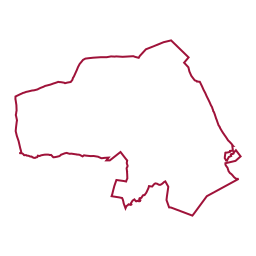 the district of Francisco León, Chiapas, Mexico
{"feature_id": "50627088B381866227431", "entity_name": "Francisco León", "entity_type": "district", "adm_level": 2, "iso_a3": "MEX", "parent_name": "Mexico", "parent_adm1": "Chiapas", "projection": "orthographic", "projection_center": [-93.285, 17.291], "detail": "fine", "context": "isolated", "style": "outline", "palette": "rose", "viewbox_px": 256, "rotation_deg": 0, "n_neighbors": 0, "source": "geoboundaries", "source_scale": "gbopen_adm2", "svg_char_len": 4940}
<svg xmlns="http://www.w3.org/2000/svg" viewBox="0 0 256 256"><path d="M166.5,200.0L169.1,207.4L170.9,207.5L192.4,215.6L194.2,213.3L206.8,196.2L238.6,178.9L236.4,178.9L234.8,177.8L233.8,176.9L233.1,176.0L232.7,175.5L231.7,174.4L230.9,173.7L230.4,173.4L229.8,172.9L229.2,172.0L228.5,171.0L228.2,169.8L227.9,169.2L227.7,168.2L227.3,167.4L227.0,167.1L226.2,166.0L225.7,165.2L225.4,164.3L225.4,163.2L228.2,162.6L235.0,161.0L235.5,160.9L240.6,156.4L235.9,150.2L234.3,152.0L234.1,151.9L233.5,151.5L233.6,153.5L232.7,154.0L231.4,154.0L230.8,154.4L231.2,156.0L228.8,157.0L226.9,160.7L226.0,160.5L225.7,159.6L224.8,158.3L224.8,157.2L225.4,152.7L225.6,152.6L226.8,152.6L228.4,152.3L230.2,151.7L230.3,151.3L230.2,150.9L232.8,150.6L232.8,149.6L232.3,145.9L233.0,145.9L232.9,145.8L232.7,145.5L232.4,145.0L231.8,144.2L231.1,143.4L229.4,141.6L228.1,140.4L226.1,137.3L225.2,136.0L224.9,135.6L224.4,134.9L224.2,134.6L224.1,134.4L223.6,133.7L223.2,133.2L222.6,132.2L222.0,131.3L221.3,130.1L220.6,128.9L220.2,128.3L219.9,127.3L219.7,127.2L219.5,126.6L218.6,125.3L218.5,125.2L218.2,124.2L217.9,123.4L217.4,122.0L217.3,121.7L216.9,120.6L216.8,120.1L216.4,119.3L216.3,118.9L216.1,118.5L216.0,118.3L215.9,118.0L215.8,117.4L215.7,117.3L215.5,116.6L215.3,116.0L215.1,115.5L215.0,115.0L215.0,114.9L214.8,114.6L214.7,114.2L214.5,113.6L214.4,113.3L214.2,112.9L214.0,112.2L213.2,111.1L213.1,110.3L212.9,109.6L212.4,108.5L212.1,107.3L210.9,105.2L209.6,102.2L208.4,99.7L206.6,96.1L205.3,93.1L203.6,89.9L203.1,88.8L202.1,86.5L199.8,81.8L196.9,81.5L196.8,81.1L194.7,80.3L193.0,78.1L191.3,75.8L189.4,71.5L188.4,67.3L184.6,63.2L184.1,62.7L188.6,57.4L171.1,40.4L163.6,42.2L151.0,47.3L145.9,49.3L140.3,55.4L139.9,55.8L139.1,57.1L138.7,57.8L138.3,57.7L135.2,56.9L133.3,56.2L126.3,56.6L122.7,56.8L116.1,56.4L114.8,56.6L112.6,56.5L111.1,56.4L106.7,57.2L104.7,57.2L104.3,57.2L101.9,57.2L100.8,57.2L93.2,57.7L88.6,58.2L85.4,58.6L83.0,59.9L81.4,61.9L79.7,63.9L78.0,67.1L76.8,70.1L76.2,71.4L73.9,76.5L73.2,77.6L73.0,77.8L72.5,79.5L72.3,80.0L71.0,81.6L70.7,82.0L67.8,82.5L67.3,82.6L65.0,83.2L64.1,82.7L60.5,82.1L59.5,82.1L58.5,81.9L58.1,81.9L58.0,82.0L57.1,82.3L54.8,83.1L54.4,83.2L53.1,83.6L52.4,83.9L50.1,84.7L49.2,84.9L48.1,85.2L46.5,85.6L45.2,85.9L43.4,86.8L40.5,87.9L38.2,89.0L37.6,89.4L34.1,90.3L33.4,90.4L32.1,90.5L28.1,91.5L26.1,91.9L24.6,92.5L24.0,92.7L22.8,93.0L21.9,93.5L21.5,93.7L20.7,94.0L15.5,96.5L15.4,99.1L15.6,99.9L16.4,105.2L16.4,105.5L16.6,110.7L16.3,111.9L16.1,113.7L15.9,114.5L15.8,115.0L16.1,116.1L17.0,120.4L16.9,120.7L16.9,120.9L16.7,121.9L16.0,127.6L15.7,130.9L15.7,131.2L16.8,135.8L18.6,141.1L20.1,147.6L20.2,148.1L20.9,150.5L21.1,151.5L21.3,152.7L21.2,152.8L20.5,152.9L19.4,153.0L20.0,153.2L20.5,153.2L21.2,153.2L22.0,153.3L22.7,153.7L23.3,154.2L23.8,154.7L23.9,155.0L24.2,155.2L24.8,155.2L25.6,155.1L26.1,155.1L26.5,155.3L27.0,155.7L27.6,155.7L28.1,155.7L29.1,156.0L29.7,156.3L30.1,156.5L30.4,156.5L30.8,156.5L31.4,156.5L32.0,156.8L32.4,157.3L32.9,157.4L33.6,157.7L34.0,157.9L34.8,157.9L35.1,157.9L35.7,157.5L36.2,157.3L36.6,157.3L37.1,157.2L37.3,157.1L37.6,156.4L37.7,156.0L37.8,155.7L39.5,156.0L39.9,155.9L40.5,155.6L41.2,155.3L41.8,155.2L42.7,155.0L43.3,154.9L44.5,154.7L45.3,154.6L45.8,154.7L46.5,154.6L47.5,154.6L48.0,154.7L48.9,154.7L49.5,155.0L50.3,155.0L51.0,154.9L51.3,155.1L51.6,155.5L52.1,155.9L52.4,156.4L52.7,156.6L53.0,156.9L53.2,157.2L53.5,157.3L55.1,157.1L57.6,156.6L58.1,156.4L58.9,156.3L59.7,155.9L60.6,155.2L61.0,154.7L62.2,154.3L64.8,153.3L66.8,152.9L67.8,153.3L68.6,153.5L69.7,153.8L70.7,153.7L71.7,153.7L75.7,154.3L76.5,154.4L76.6,154.5L77.7,154.6L77.8,154.6L78.2,154.6L78.3,154.6L78.7,154.7L78.8,154.7L79.6,154.8L82.6,156.4L84.0,155.3L85.8,155.6L90.6,156.1L93.6,156.0L98.0,156.7L101.3,158.2L102.0,158.2L105.0,157.8L105.5,157.8L108.6,157.6L106.4,160.4L109.8,160.4L112.1,158.6L120.5,152.0L122.6,154.7L123.2,155.5L126.0,159.1L127.2,160.5L127.0,161.3L127.0,161.7L126.8,162.5L126.8,163.2L126.9,163.7L127.1,164.3L127.6,165.8L127.4,166.8L126.9,167.4L126.6,168.4L126.8,169.6L126.9,170.5L127.1,171.4L127.0,171.5L127.2,174.5L127.2,174.8L127.3,177.3L127.3,178.6L127.2,178.7L126.7,179.7L126.1,181.5L123.7,181.0L116.4,180.0L114.4,185.8L114.3,186.1L112.7,192.3L112.4,193.7L111.6,196.2L119.2,197.4L122.1,198.0L122.8,199.6L123.2,201.0L123.3,201.4L123.7,203.4L125.5,208.3L126.5,206.0L127.7,205.3L127.9,205.0L128.0,204.9L128.6,204.3L130.5,204.9L130.8,204.9L131.4,204.5L130.9,203.3L132.6,200.6L134.4,199.4L135.8,201.2L136.5,201.3L137.2,200.8L139.1,201.3L140.0,201.1L140.4,200.2L139.2,199.2L139.6,198.2L139.8,198.1L141.0,198.0L141.5,197.7L141.7,197.3L142.0,196.8L142.8,195.6L143.0,195.3L143.4,195.3L144.0,195.0L144.4,195.1L145.0,194.6L145.2,194.1L145.9,193.3L146.4,192.5L148.4,188.2L149.0,186.1L150.9,186.4L152.2,186.5L153.4,185.0L154.1,184.2L155.3,183.4L157.0,183.7L158.8,184.7L160.0,184.9L161.4,184.3L162.6,183.4L164.0,182.1L165.3,181.4L167.9,186.0L168.3,186.8L168.0,188.9L166.9,196.5L166.5,200.0Z" fill="none" stroke="#9f1239" stroke-width="2"/></svg>